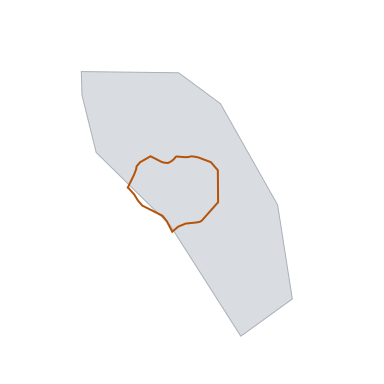 Saint Joseph highlighted on a map of Dominica, rotated 339°
{"feature_id": "DMA-1436", "entity_name": "Saint Joseph", "entity_type": "Parish", "adm_level": 1, "iso_a3": "DMA", "parent_name": "Dominica", "parent_adm1": "", "projection": "robinson", "projection_center": [-61.392, 15.442], "detail": "fine", "context": "in_parent", "style": "outline", "palette": "amber", "viewbox_px": 384, "rotation_deg": 339, "n_neighbors": 0, "source": "natural_earth", "source_scale": "10m", "svg_char_len": 789}
<svg xmlns="http://www.w3.org/2000/svg" viewBox="0 0 384 384"><g transform="rotate(339 192 192)"><path d="M247.3,327.8L185.9,344.1L159.5,214.7L116.7,120.8L124.0,62.2L131.8,39.9L222.2,75.9L250.2,119.7L267.3,234.8L247.3,327.8Z" fill="#d9dde1" stroke="#a8b0b8" stroke-width="1"/><path d="M159.3,222.0L158.0,210.2L155.9,203.6L140.8,187.0L138.5,180.8L137.2,173.7L134.3,166.0L133.6,164.9L144.2,155.0L148.1,150.6L148.8,149.3L149.7,148.0L154.2,145.6L166.1,143.8L174.5,153.1L176.8,154.8L180.0,156.3L183.8,155.9L186.5,155.0L189.2,153.5L189.9,153.3L190.7,153.5L197.5,156.8L199.9,157.7L202.0,158.2L203.9,158.4L206.5,159.6L210.3,162.0L220.3,170.9L223.9,181.0L212.7,210.9L190.7,222.3L188.7,222.6L185.9,222.2L174.7,219.2L166.6,219.4L159.3,222.0Z" fill="none" stroke="#b45309" stroke-width="2"/></g></svg>